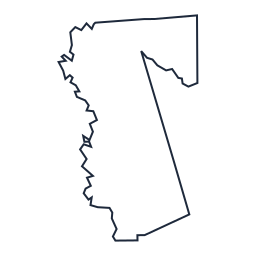 Waller, Texas, United States of America (Natural Earth projection)
{"feature_id": "52423323B21823422169347", "entity_name": "Waller", "entity_type": "district", "adm_level": 2, "iso_a3": "USA", "parent_name": "United States of America", "parent_adm1": "Texas", "projection": "natural_earth1", "projection_center": [-96.057, 29.987], "detail": "fine", "context": "isolated", "style": "outline", "palette": "slate", "viewbox_px": 256, "rotation_deg": 0, "n_neighbors": 0, "source": "geoboundaries", "source_scale": "gbopen_adm2", "svg_char_len": 939}
<svg xmlns="http://www.w3.org/2000/svg" viewBox="0 0 256 256"><path d="M197.4,83.0L197.0,15.4L154.5,19.0L143.6,19.1L95.3,22.7L93.8,24.2L91.8,28.9L86.5,23.4L81.3,30.1L75.3,27.1L70.3,32.3L71.9,45.1L69.9,51.8L73.5,54.6L71.8,60.7L64.1,54.9L61.7,56.6L65.7,60.8L58.6,62.0L63.2,70.7L65.4,79.0L69.8,75.2L72.6,77.6L70.5,82.3L75.8,85.3L79.3,91.4L74.9,91.7L76.9,96.9L85.2,100.4L88.7,105.4L86.6,110.5L93.3,111.2L96.9,120.0L89.8,123.8L92.9,131.7L89.5,140.0L83.2,135.9L84.4,141.8L89.1,141.6L91.1,146.8L83.7,144.3L80.1,149.4L86.6,159.0L82.0,166.3L92.9,175.9L87.0,177.7L90.8,185.8L85.6,188.6L83.7,193.3L88.5,199.6L91.7,197.4L90.5,205.1L97.7,207.2L109.5,207.9L112.3,212.6L111.8,218.4L116.6,229.0L112.9,236.5L115.4,240.6L137.5,240.4L137.4,235.2L144.7,235.1L189.3,214.4L174.0,161.9L141.2,51.1L147.0,57.8L152.5,59.5L157.3,65.3L166.1,70.4L172.1,69.0L178.3,77.9L181.9,78.5L182.6,83.5L188.4,86.6L197.4,83.0Z" fill="none" stroke="#1e293b" stroke-width="2"/></svg>